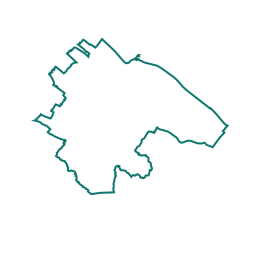 outline of Swords Lea-7, Fingal, Ireland, rotated 290°
{"feature_id": "5873133B96625316158825", "entity_name": "Swords Lea-7", "entity_type": "district", "adm_level": 2, "iso_a3": "IRL", "parent_name": "Ireland", "parent_adm1": "Fingal", "projection": "orthographic", "projection_center": [-6.277, 53.456], "detail": "fine", "context": "isolated", "style": "outline", "palette": "teal", "viewbox_px": 256, "rotation_deg": 290, "n_neighbors": 0, "source": "geoboundaries", "source_scale": "gbopen_adm2", "svg_char_len": 3169}
<svg xmlns="http://www.w3.org/2000/svg" viewBox="0 0 256 256"><g transform="rotate(290 128 128)"><path d="M195.9,113.2L194.8,112.9L195.0,110.5L193.3,108.5L191.8,107.3L189.5,106.4L188.1,103.7L190.4,98.7L195.7,89.3L202.7,73.1L194.9,71.0L192.4,69.8L193.8,64.0L193.1,63.5L195.2,58.0L195.6,55.7L191.4,54.2L191.6,53.5L190.2,53.4L189.4,52.4L187.3,58.8L185.3,63.0L185.7,63.5L184.7,66.2L183.7,66.0L181.4,66.4L183.3,61.8L185.7,51.3L185.0,49.7L182.3,49.0L182.1,47.9L181.2,47.5L180.7,47.8L180.1,46.4L178.3,46.4L178.0,45.7L177.6,45.9L177.0,45.4L172.0,57.2L170.8,55.1L168.3,53.1L166.6,53.1L162.5,50.9L159.9,50.4L157.4,49.0L160.9,39.1L160.1,38.6L157.8,38.8L158.2,38.0L157.0,37.8L156.6,37.2L156.3,37.6L155.3,37.1L154.7,37.5L154.5,36.8L153.7,36.9L153.5,36.4L153.0,36.9L152.5,36.6L152.1,35.4L151.6,35.3L149.8,38.5L146.6,41.9L144.2,43.5L142.9,43.0L142.6,44.4L143.0,46.3L142.6,47.2L142.0,46.7L139.1,56.5L136.6,55.9L135.0,59.2L133.1,58.4L133.0,59.2L129.8,57.8L127.3,57.6L127.3,56.7L125.2,56.7L125.4,52.0L118.7,50.5L118.7,50.0L117.8,49.9L117.3,52.6L114.1,52.7L110.5,52.1L110.4,45.0L111.0,41.3L109.7,41.2L108.5,40.4L105.8,39.6L105.4,38.8L103.5,38.2L103.1,37.7L103.5,41.2L103.2,44.7L102.4,45.5L102.1,51.2L100.3,55.4L96.6,54.0L95.5,57.4L95.8,58.0L95.0,62.4L94.6,68.7L95.1,73.1L95.7,74.0L94.8,73.2L93.9,73.7L93.6,72.7L92.6,72.5L91.6,72.7L91.7,73.7L90.6,73.9L87.3,72.3L86.0,72.3L85.6,71.6L83.3,70.4L81.4,70.2L80.2,69.6L79.1,70.4L77.1,69.9L76.4,71.5L76.6,73.4L75.6,74.4L75.2,75.2L75.5,76.0L74.8,76.6L75.2,80.1L74.4,80.7L74.0,82.0L72.4,83.0L72.1,83.8L71.1,84.0L70.0,85.6L68.6,85.5L67.4,86.3L67.5,87.8L68.8,89.3L68.8,92.9L67.7,94.1L66.6,93.9L66.7,94.9L64.9,95.3L65.1,95.9L63.9,96.7L62.5,97.1L61.3,96.9L60.3,99.5L59.8,99.4L60.0,100.7L59.0,101.2L57.6,105.9L57.2,105.8L57.1,108.4L56.3,109.4L56.5,109.9L56.0,112.0L54.6,112.1L53.3,116.1L57.6,124.1L62.7,136.8L65.8,135.0L68.7,134.5L70.5,133.5L77.4,132.7L78.8,133.1L79.8,131.8L81.7,131.8L81.8,131.2L84.0,129.6L85.0,130.0L87.4,129.6L88.1,130.8L88.9,130.9L89.3,132.9L87.9,133.0L87.5,134.0L85.9,135.4L87.0,140.0L85.6,142.5L85.7,143.8L83.2,147.9L85.1,148.5L85.8,150.0L85.6,150.9L87.8,152.6L87.5,154.9L85.6,156.9L85.8,157.9L86.5,158.5L86.1,159.6L87.3,160.8L89.4,160.8L90.5,163.6L96.1,163.0L96.2,164.3L98.2,164.4L100.1,162.7L103.0,161.2L103.7,158.5L106.7,157.6L107.5,156.5L107.7,154.6L108.6,154.2L107.0,150.3L106.6,150.0L106.7,146.8L107.9,147.0L108.3,144.0L109.2,142.3L113.4,143.3L115.2,144.8L118.7,145.6L121.0,145.1L122.3,145.3L123.6,146.7L131.1,148.2L131.6,148.5L132.4,150.5L132.3,154.0L133.5,153.8L133.6,154.7L135.6,154.7L136.7,155.1L137.7,154.8L138.5,155.2L137.6,157.8L138.3,166.6L137.6,170.1L135.4,177.5L132.9,180.4L132.3,182.5L132.9,184.2L136.7,188.7L137.4,192.3L137.3,198.2L138.7,202.7L140.4,205.0L139.0,207.8L138.9,213.8L138.9,214.1L150.4,217.5L156.6,220.2L157.5,218.3L164.3,220.7L164.2,219.2L165.9,215.6L172.2,204.5L174.9,198.6L174.4,198.4L183.5,170.3L185.4,165.6L189.4,158.5L191.3,154.1L195.7,138.6L196.5,133.8L195.2,121.3L195.9,113.2ZM195.4,110.7L195.1,110.5L195.1,112.6L196.1,113.1L195.8,112.2L196.9,111.8L195.4,110.7ZM200.1,112.6L198.5,112.1L199.2,113.8L199.9,113.0L200.2,113.2L200.1,112.6Z" fill="none" stroke="#0f766e" stroke-width="2"/></g></svg>